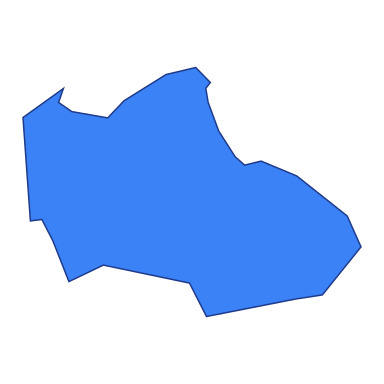 Poquoson, Virginia, United States of America (Albers equal-area conic projection)
{"feature_id": "52423323B32700923685802", "entity_name": "Poquoson", "entity_type": "district", "adm_level": 2, "iso_a3": "USA", "parent_name": "United States of America", "parent_adm1": "Virginia", "projection": "albers", "projection_center": [-76.358, 37.134], "detail": "fine", "context": "isolated", "style": "filled", "palette": "blue", "viewbox_px": 384, "rotation_deg": 0, "n_neighbors": 0, "source": "geoboundaries", "source_scale": "gbopen_adm2", "svg_char_len": 453}
<svg xmlns="http://www.w3.org/2000/svg" viewBox="0 0 384 384"><path d="M63.4,88.5L23.0,117.5L30.4,220.9L41.9,219.5L52.9,240.9L68.9,281.6L103.3,265.1L189.5,283.1L206.5,316.5L295.1,299.1L322.4,294.9L361.0,246.9L347.2,216.0L296.8,176.0L261.1,161.1L244.6,165.1L235.1,156.7L218.7,131.0L208.1,102.2L205.8,88.3L210.3,82.5L195.7,67.5L166.1,74.5L124.2,100.6L107.7,117.9L71.8,111.6L58.6,102.5L63.4,88.5Z" fill="#3b82f6" stroke="#1e3a8a" stroke-width="1.5"/></svg>